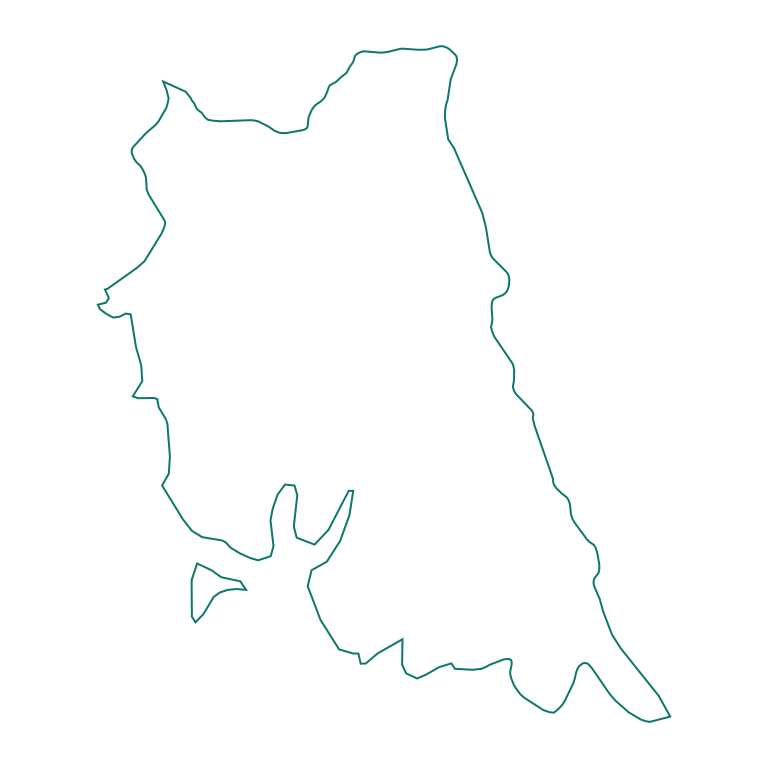 the border of Trang
{"feature_id": "THA-387", "entity_name": "Trang", "entity_type": "Province", "adm_level": 1, "iso_a3": "THA", "parent_name": "Thailand", "parent_adm1": "", "projection": "mercator", "projection_center": [99.627, 7.524], "detail": "fine", "context": "isolated", "style": "outline", "palette": "teal", "viewbox_px": 768, "rotation_deg": 0, "n_neighbors": 0, "source": "natural_earth", "source_scale": "10m", "svg_char_len": 3588}
<svg xmlns="http://www.w3.org/2000/svg" viewBox="0 0 768 768"><path d="M454.9,668.8L451.3,663.4L439.0,667.2L425.7,674.8L417.1,678.5L406.2,673.4L402.1,664.6L402.5,639.2L377.5,653.5L365.8,663.5L360.7,663.7L358.4,653.5L353.2,653.5L339.2,649.5L320.5,619.9L307.7,586.2L311.6,570.2L326.8,561.7L340.1,541.0L349.5,515.0L353.2,490.9L348.7,490.9L328.5,529.8L314.6,544.6L296.7,537.7L293.8,526.4L297.3,495.3L294.5,485.5L284.9,484.6L277.5,494.8L272.6,509.1L270.5,520.5L273.5,546.0L270.7,556.2L258.1,560.3L250.6,558.2L239.8,553.3L230.3,547.5L226.1,542.6L222.3,540.5L202.0,537.1L191.9,530.8L183.1,519.6L162.1,485.5L168.8,473.7L169.9,456.8L167.4,423.9L165.8,419.0L158.7,407.3L157.3,399.1L154.0,398.0L138.3,398.2L132.8,396.4L142.3,381.1L141.2,365.2L136.0,347.1L130.7,314.4L125.8,313.6L119.5,316.7L113.2,317.5L107.0,314.3L100.0,309.3L97.8,304.7L105.9,302.7L108.9,298.1L105.0,289.5L107.2,289.0L136.4,268.3L144.5,261.2L161.6,233.4L164.3,227.1L165.3,222.7L164.5,220.4L148.5,194.3L146.7,189.5L146.0,177.8L145.2,175.1L144.3,172.7L142.1,168.5L140.8,166.5L139.3,164.8L137.6,163.4L135.6,161.2L133.9,158.4L131.7,153.0L131.9,149.7L132.9,147.3L145.5,133.6L155.9,124.6L158.5,121.4L166.3,107.9L167.8,102.8L168.6,98.3L166.6,90.2L163.2,81.5L185.7,91.7L190.6,97.9L191.7,100.1L194.4,103.7L196.4,108.2L197.9,110.0L201.7,112.8L204.5,116.7L206.1,118.4L208.1,119.8L213.2,120.7L220.5,121.3L249.9,120.2L253.5,120.3L257.8,121.2L267.9,126.2L274.5,130.7L279.0,132.6L282.5,133.1L286.8,133.0L302.9,130.1L305.3,129.2L307.1,127.8L307.8,125.3L308.2,119.8L308.7,117.1L311.6,110.2L312.9,108.2L314.4,106.2L316.1,104.6L317.9,103.3L319.9,102.1L323.3,99.1L324.8,97.1L326.9,92.6L328.6,87.6L329.7,85.5L331.8,84.2L334.0,83.1L336.0,81.9L341.1,77.1L346.6,72.8L350.0,66.4L351.4,64.6L352.8,62.5L353.8,60.2L354.4,57.6L355.4,55.4L357.1,53.9L359.2,52.7L361.6,51.8L364.0,51.3L381.0,52.7L387.4,52.0L400.3,48.8L403.1,48.7L418.5,49.8L426.2,49.6L429.2,49.0L439.3,46.4L442.0,46.1L445.4,47.0L448.0,48.3L450.0,49.7L455.1,54.6L456.5,56.5L457.0,59.8L456.5,64.0L450.7,79.3L447.6,99.9L446.0,104.8L445.1,111.0L444.9,117.8L448.2,139.3L454.0,148.1L482.3,213.0L485.9,227.2L489.9,252.3L491.0,255.3L492.8,258.3L506.3,271.8L507.7,273.6L508.8,276.3L509.4,279.9L508.8,286.2L507.7,289.8L506.1,292.3L504.4,293.9L502.5,295.2L495.5,297.9L493.6,299.2L492.3,301.2L491.8,303.9L491.6,306.9L492.4,318.8L492.2,321.6L491.0,327.0L492.1,331.2L494.3,336.7L512.5,363.5L513.5,366.5L514.2,370.1L513.9,380.7L512.9,387.0L513.9,390.5L516.1,394.2L531.6,410.3L532.8,412.2L533.4,414.6L532.7,417.9L534.4,425.2L553.1,479.1L553.1,481.8L554.2,485.1L556.5,488.4L561.3,493.0L566.9,497.5L568.5,500.0L569.8,503.7L571.1,514.8L572.5,519.0L574.7,522.8L586.9,539.3L589.4,541.9L593.9,544.9L595.8,548.3L597.4,553.6L599.3,564.4L599.3,569.8L598.3,573.4L595.3,577.1L594.2,579.0L593.6,581.3L593.6,583.7L594.4,586.7L599.7,599.0L603.2,611.6L612.0,634.6L620.7,648.3L658.9,696.1L670.2,716.6L649.8,721.9L645.9,721.2L641.0,719.6L628.8,712.4L615.7,700.9L609.7,694.0L592.4,668.8L589.4,665.2L587.8,663.7L585.5,663.0L582.9,663.2L578.9,666.4L577.2,669.4L576.1,672.7L574.9,678.2L573.4,683.1L564.7,701.1L562.1,705.0L559.1,708.3L555.6,711.4L553.6,712.7L549.5,712.2L543.2,710.0L524.2,697.7L520.6,694.5L516.5,689.2L513.9,685.0L511.1,678.0L510.5,675.4L510.1,672.7L510.5,669.8L511.6,664.7L511.7,662.1L511.0,659.9L508.3,658.9L503.7,659.4L489.9,664.7L485.5,667.1L481.5,668.8L472.6,669.8L455.1,668.8L454.9,668.8ZM211.4,570.2L221.2,577.2L240.3,581.3L246.1,589.9L236.6,589.0L227.7,589.9L219.8,592.5L213.8,596.8L203.4,614.1L195.5,622.3L191.9,616.7L191.6,580.3L197.1,563.5L211.4,570.2Z" fill="none" stroke="#0f766e" stroke-width="2"/></svg>